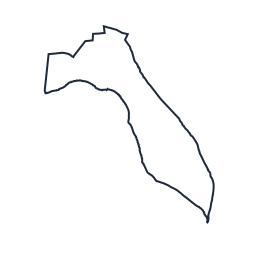 outline of Kota Dumai, Riau, Indonesia, rotated 173°
{"feature_id": "22746128B18875576502901", "entity_name": "Kota Dumai", "entity_type": "district", "adm_level": 2, "iso_a3": "IDN", "parent_name": "Indonesia", "parent_adm1": "Riau", "projection": "robinson", "projection_center": [101.324, 1.853], "detail": "fine", "context": "isolated", "style": "outline", "palette": "slate", "viewbox_px": 256, "rotation_deg": 173, "n_neighbors": 0, "source": "geoboundaries", "source_scale": "gbopen_adm2", "svg_char_len": 5556}
<svg xmlns="http://www.w3.org/2000/svg" viewBox="0 0 256 256"><g transform="rotate(173 128 128)"><path d="M205.6,172.6L204.8,172.5L204.5,172.7L204.3,172.5L204.0,172.6L203.7,172.7L202.4,172.8L201.0,173.3L200.5,173.3L199.3,173.8L198.7,173.9L195.2,174.0L194.5,174.1L194.4,174.2L194.2,174.1L193.0,174.1L192.2,174.2L191.9,174.8L191.5,175.1L189.8,175.4L189.5,175.6L188.1,175.8L187.3,176.2L187.1,176.3L186.6,176.5L185.9,176.8L185.6,176.9L185.5,177.0L185.2,177.3L184.4,177.8L184.1,178.3L183.8,178.4L183.2,178.6L183.0,178.8L182.6,178.8L182.3,179.2L181.3,179.9L180.5,180.3L178.9,180.4L178.7,180.8L177.0,180.8L176.1,181.0L175.9,181.2L174.9,181.1L174.7,181.1L174.0,181.1L173.8,181.2L173.6,181.1L173.3,181.1L173.1,181.3L173.0,181.2L172.5,181.2L172.1,181.3L171.6,181.2L171.1,181.0L170.3,181.0L169.9,181.2L169.7,181.0L168.9,180.9L168.6,180.6L167.7,180.3L167.6,180.2L167.4,180.3L167.1,180.3L166.7,180.0L166.3,179.9L165.9,179.8L165.7,179.8L165.0,179.6L164.3,179.4L164.0,179.1L163.3,179.0L162.9,178.6L162.6,178.6L161.8,178.1L161.4,177.8L159.8,176.7L159.1,176.2L158.5,175.8L158.0,175.5L157.7,175.0L157.4,174.8L157.4,174.5L157.2,174.3L156.0,173.9L155.8,173.5L155.4,172.3L155.1,171.9L155.0,171.7L154.5,171.2L153.7,171.0L153.0,170.3L152.8,170.2L152.7,170.1L152.5,169.9L152.1,169.9L151.4,169.6L151.1,169.3L150.7,169.2L149.5,169.0L148.6,169.0L148.6,168.8L148.4,168.9L145.4,168.8L145.3,168.7L145.1,168.6L144.6,168.6L144.5,168.4L144.0,168.9L143.7,168.9L143.6,169.0L143.5,168.7L143.2,168.8L141.6,168.4L140.6,167.8L140.4,167.8L139.9,167.6L139.7,167.6L139.5,167.3L139.2,167.3L139.0,167.1L138.2,166.8L138.1,166.6L136.9,166.0L136.7,165.6L136.4,165.3L134.9,164.0L134.7,163.6L134.2,163.3L134.1,162.9L133.6,162.5L133.4,162.5L133.2,161.9L133.0,161.7L132.8,161.7L132.5,160.8L132.1,160.7L131.9,160.5L131.8,159.6L131.7,159.5L131.5,159.2L131.4,159.2L131.2,158.4L130.9,157.8L130.6,157.3L130.1,156.8L130.1,156.7L129.3,154.8L129.0,154.7L128.4,153.5L127.7,152.1L127.5,151.7L127.3,151.5L127.1,151.1L126.8,149.9L125.6,146.5L125.3,144.7L125.3,142.4L125.6,140.5L125.8,139.3L125.8,138.1L126.1,137.1L126.2,136.6L126.6,135.6L126.9,134.1L126.9,133.3L126.5,132.6L126.3,132.4L125.7,131.6L125.5,131.3L125.2,131.1L124.9,130.4L124.5,129.2L123.9,127.3L123.5,124.5L123.3,123.5L123.2,123.2L123.1,122.8L122.6,121.7L122.0,119.9L121.1,118.5L121.1,118.4L121.2,118.1L120.9,117.6L120.9,116.6L120.7,115.7L120.5,115.4L120.5,115.1L120.4,115.0L120.1,113.7L120.1,113.2L120.2,112.7L120.0,112.0L119.7,111.5L119.7,110.8L119.5,110.5L119.6,110.4L119.6,109.7L119.3,108.3L119.3,107.6L118.9,107.1L118.9,106.0L119.2,104.9L119.1,104.7L119.1,103.7L118.9,103.5L118.9,102.2L118.7,101.4L118.5,99.9L118.0,99.2L118.1,98.6L118.1,97.4L117.9,96.7L117.7,96.2L117.7,95.9L117.8,95.8L117.8,94.9L117.9,94.5L117.9,93.2L118.1,92.8L118.1,92.4L117.7,91.7L117.0,90.4L117.0,90.0L116.8,90.0L116.8,89.7L116.1,87.7L115.2,85.0L115.1,84.7L115.0,84.2L114.6,83.0L114.2,81.8L113.9,81.4L113.8,81.2L113.4,80.8L112.5,79.9L112.3,79.9L111.8,79.2L111.5,79.1L111.2,79.0L110.9,78.6L110.2,78.0L109.8,77.7L109.4,77.1L109.0,76.4L108.7,76.2L108.3,75.6L107.4,73.8L107.2,73.4L106.8,72.9L106.7,72.6L106.2,71.8L105.8,71.7L105.5,71.6L105.4,71.5L105.0,71.5L104.9,71.4L103.4,70.7L103.0,70.4L102.4,70.2L102.1,70.0L100.4,69.3L100.0,69.1L98.8,68.5L98.7,68.3L97.2,67.5L97.0,67.3L94.8,66.0L94.5,65.7L94.2,65.5L93.3,64.7L93.1,64.6L92.3,64.0L91.9,63.8L91.5,63.4L88.6,61.6L87.3,60.5L86.8,60.2L86.3,59.6L85.5,58.8L85.3,58.7L85.1,58.4L84.7,58.1L83.5,56.8L83.2,56.6L82.5,55.7L82.4,55.5L81.4,54.4L80.9,53.8L80.5,53.5L80.1,53.3L80.1,53.2L79.9,53.1L79.7,52.6L78.8,51.8L78.5,51.8L78.4,51.5L77.8,50.9L77.6,50.8L77.3,50.4L77.1,50.3L76.8,49.9L76.6,49.8L76.2,49.2L75.8,48.9L75.2,48.2L74.3,47.3L74.2,47.2L73.4,46.3L72.9,46.0L72.3,45.2L71.7,44.7L71.3,44.2L69.3,42.5L68.8,41.9L67.9,41.3L67.5,41.1L67.3,41.1L67.0,41.0L66.9,40.7L66.2,39.9L65.9,39.6L65.5,39.4L64.9,38.6L64.5,38.1L63.7,37.0L63.4,36.2L63.0,35.0L62.7,34.9L62.8,34.4L62.7,33.4L62.4,33.0L62.4,32.7L62.1,32.5L61.9,31.5L61.0,30.7L60.9,30.2L60.7,29.4L60.4,28.3L60.4,27.4L60.4,26.7L60.6,25.9L61.0,25.3L61.0,24.6L61.3,24.1L60.8,24.4L60.1,25.3L59.7,26.1L59.4,27.3L59.3,27.7L59.3,28.2L59.1,28.5L59.0,30.6L59.1,30.8L58.9,30.9L58.7,31.7L58.8,32.0L58.6,32.7L58.4,32.8L58.3,33.2L57.7,34.5L57.5,35.0L57.3,35.3L57.2,35.6L57.1,35.8L57.1,36.0L56.9,36.2L55.8,38.8L55.6,39.8L55.3,40.4L55.2,41.0L54.8,42.6L54.5,43.4L54.1,44.6L53.9,44.8L53.7,45.5L53.3,46.4L52.8,48.8L52.6,49.2L52.4,50.1L51.8,51.6L50.7,56.2L50.2,58.8L50.1,60.0L50.1,60.5L49.9,61.4L49.9,62.4L50.0,63.1L50.1,64.8L50.6,66.9L50.7,67.7L51.1,68.2L51.5,69.1L51.9,69.6L51.9,73.3L52.3,74.2L53.5,75.9L53.8,77.2L53.7,77.2L55.0,80.9L56.3,83.9L58.6,90.8L59.6,93.4L59.9,94.7L59.9,95.1L60.2,97.2L60.5,97.9L61.0,102.9L62.1,105.7L63.8,109.3L65.0,111.7L66.2,112.6L67.0,113.9L67.0,114.6L67.6,115.5L68.6,117.0L69.3,118.4L70.7,120.0L71.4,121.0L72.1,122.3L72.4,123.3L73.3,123.9L74.2,126.9L74.7,127.5L75.3,128.4L75.6,129.2L76.1,131.1L76.7,131.8L85.4,143.7L92.0,152.7L94.6,157.1L95.1,157.9L96.6,160.6L97.6,162.2L100.5,167.1L102.8,170.3L103.6,172.1L105.2,175.2L106.3,176.9L106.5,176.8L106.9,178.7L108.4,181.2L109.1,182.5L109.0,183.9L109.5,186.0L109.9,186.5L109.7,186.5L109.8,186.5L110.4,187.8L111.5,190.8L112.3,191.9L113.1,193.1L113.7,195.8L114.8,203.3L115.5,204.6L115.9,206.4L116.1,208.3L118.0,211.7L120.2,215.8L116.8,221.2L122.0,223.0L127.5,226.9L139.6,231.9L139.6,225.2L145.5,225.3L151.2,225.7L152.4,219.3L159.8,219.4L173.0,206.1L173.6,205.1L174.7,205.8L176.3,207.5L178.3,208.9L180.8,209.8L184.0,210.7L191.3,210.8L197.8,211.0L206.1,175.3L205.9,173.9L205.6,172.6Z" fill="none" stroke="#1e293b" stroke-width="2"/></g></svg>